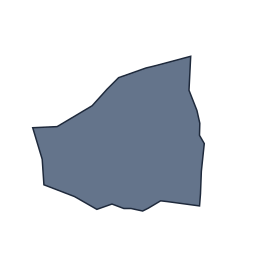 Uulbayan, Sühbaatar, Mongolia, rotated 197°
{"feature_id": "93677404B28478416756495", "entity_name": "Uulbayan", "entity_type": "district", "adm_level": 2, "iso_a3": "MNG", "parent_name": "Mongolia", "parent_adm1": "Sühbaatar", "projection": "mercator", "projection_center": [112.341, 46.503], "detail": "fine", "context": "isolated", "style": "filled", "palette": "slate", "viewbox_px": 256, "rotation_deg": 197, "n_neighbors": 0, "source": "geoboundaries", "source_scale": "gbopen_adm2", "svg_char_len": 505}
<svg xmlns="http://www.w3.org/2000/svg" viewBox="0 0 256 256"><g transform="rotate(197 128 128)"><path d="M128.3,190.7L151.7,173.4L159.3,159.1L161.4,154.6L168.8,138.8L196.2,108.6L219.2,100.4L200.9,73.0L191.8,49.1L159.1,46.8L134.0,41.1L121.1,50.6L108.4,49.8L101.6,51.9L89.7,52.9L85.2,57.2L75.5,67.9L69.0,69.1L36.8,74.4L39.4,86.1L45.2,108.1L50.5,135.4L57.5,141.9L60.7,153.5L67.2,164.9L80.7,181.9L89.0,214.9L121.8,194.5L124.0,193.2L128.3,190.7Z" fill="#64748b" stroke="#1e293b" stroke-width="1.5"/></g></svg>